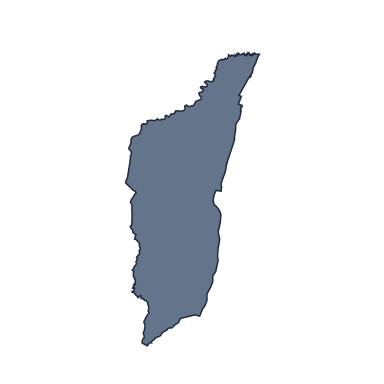 outline of Tenampa, Veracruz, Mexico, rotated 307°
{"feature_id": "50627088B72101462893192", "entity_name": "Tenampa", "entity_type": "district", "adm_level": 2, "iso_a3": "MEX", "parent_name": "Mexico", "parent_adm1": "Veracruz", "projection": "albers", "projection_center": [-96.829, 19.258], "detail": "fine", "context": "isolated", "style": "filled", "palette": "slate", "viewbox_px": 384, "rotation_deg": 307, "n_neighbors": 0, "source": "geoboundaries", "source_scale": "gbopen_adm2", "svg_char_len": 5888}
<svg xmlns="http://www.w3.org/2000/svg" viewBox="0 0 384 384"><g transform="rotate(307 192 192)"><path d="M159.4,133.4L157.9,144.3L158.6,146.1L157.6,148.0L156.0,147.6L153.2,148.0L149.0,148.2L146.8,149.0L145.5,151.9L142.0,154.4L139.1,156.7L136.3,158.9L132.2,161.9L129.4,163.6L127.3,163.4L126.4,164.7L126.1,166.2L125.8,167.6L124.2,168.9L124.1,169.9L124.1,171.7L124.1,172.9L122.1,173.5L119.8,174.5L120.4,176.1L119.9,177.8L119.9,180.0L118.7,181.3L117.8,181.8L115.3,185.0L113.0,185.3L111.4,187.3L107.8,187.0L106.5,186.9L105.7,188.7L102.6,189.2L101.4,190.7L99.9,191.1L97.9,190.7L96.7,191.3L94.6,191.3L94.2,191.2L93.6,191.3L93.5,192.5L93.6,193.2L92.8,193.5L92.0,193.9L91.8,194.4L89.4,195.8L89.2,196.7L88.6,197.3L88.2,198.9L87.6,199.0L87.1,200.1L86.3,200.8L85.7,201.1L85.0,200.9L84.8,201.7L84.2,202.3L83.5,202.0L83.2,201.2L82.6,201.1L82.0,202.5L81.5,202.9L81.1,202.8L80.6,202.2L79.8,202.2L79.4,202.3L79.6,202.8L80.1,203.4L80.2,203.9L80.0,204.5L79.0,204.7L78.5,204.9L78.0,204.9L77.5,204.5L76.4,204.1L76.1,204.2L76.1,205.0L76.2,205.4L76.8,206.0L76.7,206.5L76.5,207.1L75.8,209.3L75.7,211.4L75.1,212.5L76.6,212.9L78.1,212.8L78.5,213.9L77.5,214.8L76.4,215.2L76.8,216.4L77.5,217.5L76.8,219.1L77.6,220.6L77.3,222.5L76.9,223.3L75.7,224.3L75.2,225.3L74.0,226.8L72.1,228.0L70.5,228.7L70.0,230.0L68.7,230.5L66.6,230.4L63.9,230.7L61.3,231.3L59.6,231.6L58.4,232.7L57.6,234.6L55.8,235.7L54.0,236.5L52.1,237.6L50.5,237.6L49.2,238.9L48.4,240.3L47.2,241.3L45.5,241.3L44.1,241.5L42.5,242.2L41.4,243.1L42.2,248.9L45.2,248.8L46.3,249.2L46.8,249.5L47.1,249.9L47.2,250.4L47.6,249.9L49.1,249.9L50.4,250.0L51.5,250.8L53.1,250.4L55.0,251.5L56.5,252.4L58.1,253.2L59.7,253.3L61.0,252.8L63.9,253.8L67.0,255.1L68.5,255.0L70.1,255.8L70.8,257.3L72.6,257.8L74.2,258.3L76.2,258.3L77.7,259.2L79.9,259.8L82.1,259.2L83.8,259.1L84.4,259.1L95.6,268.3L97.5,272.8L104.9,270.8L108.8,270.8L114.4,269.2L119.1,265.6L123.0,264.7L127.1,264.2L132.7,262.6L137.6,259.0L142.8,258.8L149.4,255.7L153.0,254.1L156.2,250.9L162.1,247.1L170.7,242.7L172.9,240.3L175.9,236.9L179.8,235.2L185.2,232.6L191.6,228.5L194.0,224.4L195.1,220.3L195.4,216.9L197.3,214.7L200.5,212.5L203.9,211.1L207.9,210.3L207.9,210.7L210.3,214.8L211.8,213.6L213.2,213.1L215.6,210.8L216.5,210.1L217.9,209.6L218.7,209.4L220.3,208.8L221.3,208.5L222.1,208.2L223.9,207.7L224.9,207.4L225.8,207.1L226.0,207.1L227.0,206.8L227.9,206.4L228.1,206.2L229.6,205.8L232.5,204.1L234.3,203.3L235.2,203.0L237.2,202.1L238.4,201.6L242.1,200.4L245.7,199.2L251.3,197.3L256.6,195.5L259.1,194.5L260.3,193.9L262.1,192.4L266.2,190.4L267.7,189.4L269.0,188.6L269.8,188.0L272.5,186.1L277.1,185.9L279.4,185.9L280.5,185.1L283.5,183.8L284.8,183.2L286.2,182.5L286.0,181.8L287.8,181.2L287.8,180.9L289.5,180.2L289.7,180.6L291.3,180.1L290.2,176.2L292.0,175.6L293.8,174.9L293.9,175.1L295.8,174.3L295.9,174.6L298.0,173.8L297.4,171.3L299.7,171.0L304.7,170.3L309.3,169.7L314.3,169.0L315.1,168.9L316.8,168.7L318.6,168.5L318.6,169.4L320.3,169.3L320.3,168.7L322.1,168.5L323.8,168.4L324.1,168.1L325.6,167.4L327.3,166.4L330.3,165.7L333.1,165.4L336.2,164.2L337.9,163.8L339.4,163.3L342.6,162.9L339.9,159.3L340.4,159.1L340.2,158.3L340.4,158.2L339.9,157.9L339.2,157.8L338.2,158.0L338.2,157.7L338.5,157.2L337.9,157.3L338.0,157.5L337.8,157.6L337.8,157.4L336.8,157.6L336.7,157.1L337.1,156.9L337.0,156.5L337.3,156.2L337.2,155.8L336.5,156.0L336.1,156.0L336.0,155.4L336.8,154.9L336.7,154.7L336.9,154.3L337.1,154.1L336.6,154.0L336.6,153.6L336.7,153.4L336.9,153.5L337.2,153.2L337.2,152.8L333.7,153.6L333.4,152.7L333.9,152.4L333.4,152.4L333.0,152.5L332.8,152.2L332.6,152.5L332.8,152.2L333.4,151.4L333.4,150.9L333.4,150.7L333.2,150.7L333.1,150.4L333.7,150.3L334.1,150.1L333.8,150.0L333.6,150.1L332.8,150.0L332.7,148.8L331.4,148.7L330.3,147.7L330.9,145.6L330.3,145.4L329.0,145.8L329.6,144.8L328.5,144.8L328.4,144.9L327.1,145.3L326.9,145.1L327.0,144.7L326.9,144.6L326.6,144.4L326.8,144.1L326.0,144.5L325.9,143.4L325.8,143.2L325.8,142.3L325.5,142.1L324.9,141.7L325.0,141.2L323.6,141.0L323.6,138.6L322.0,139.7L321.4,139.7L320.0,139.9L319.5,139.7L318.5,138.9L318.8,138.2L317.9,138.1L317.7,138.1L317.2,138.0L316.6,137.9L316.6,137.2L316.2,137.1L315.9,136.9L315.8,135.8L314.8,135.5L313.8,134.7L313.1,134.4L312.1,134.4L311.5,134.7L310.2,134.8L309.7,135.1L309.4,135.6L309.1,135.8L308.2,136.0L307.8,135.9L307.6,135.9L306.8,136.2L306.3,136.3L305.9,136.5L305.9,137.4L305.6,137.2L305.5,137.3L305.4,137.4L305.0,137.5L304.3,137.6L303.5,137.6L303.0,137.6L302.7,137.9L302.5,138.1L302.2,138.3L302.0,138.0L301.5,138.1L300.2,138.1L300.1,139.4L299.3,140.2L299.2,140.9L297.7,140.8L297.2,141.0L296.7,141.0L296.1,141.2L295.1,141.1L295.0,141.8L294.5,141.9L294.3,142.1L294.0,142.1L293.8,142.0L293.6,142.2L293.3,141.8L292.5,141.9L291.6,141.1L290.9,139.4L290.2,137.7L288.6,136.1L287.5,135.9L287.0,136.6L287.1,137.6L286.6,139.7L285.5,140.5L284.1,139.9L283.2,138.3L282.7,136.7L281.6,135.8L280.7,135.8L280.3,136.8L280.2,137.6L280.4,138.5L280.7,139.4L279.9,140.0L278.2,139.9L275.8,138.0L275.0,138.0L274.2,139.0L273.5,140.6L273.1,142.2L272.7,142.8L271.4,143.6L269.1,141.9L266.5,140.5L263.0,141.1L261.6,140.9L260.4,139.6L259.3,139.0L258.3,138.4L258.1,136.9L258.3,135.5L256.5,134.4L255.1,135.6L254.0,136.5L252.5,136.5L251.2,135.8L250.0,134.6L248.8,132.8L247.9,131.1L246.9,130.1L245.6,130.5L244.2,130.6L242.8,129.7L241.5,128.2L239.3,128.5L237.9,128.2L237.8,125.3L236.9,124.8L234.5,126.3L233.2,126.1L231.7,123.7L230.7,123.9L229.5,122.2L229.7,120.4L228.2,120.0L226.7,119.4L224.8,116.4L223.9,115.2L221.7,113.4L220.2,114.7L218.5,114.7L217.7,112.6L216.6,111.6L214.7,111.4L213.2,112.7L211.7,113.8L209.1,114.4L207.1,115.0L204.5,114.5L203.1,113.2L201.0,111.8L199.3,111.2L197.2,111.8L194.6,113.6L192.2,114.4L189.6,114.9L188.4,115.6L188.1,117.4L187.5,119.5L185.7,120.7L183.5,121.3L181.8,122.5L178.4,124.5L175.9,125.8L174.1,126.9L171.8,127.9L169.9,129.1L166.9,130.5L166.4,131.1L164.6,131.8L163.0,132.2L162.0,132.3L159.4,133.4Z" fill="#64748b" stroke="#1e293b" stroke-width="1.5"/></g></svg>